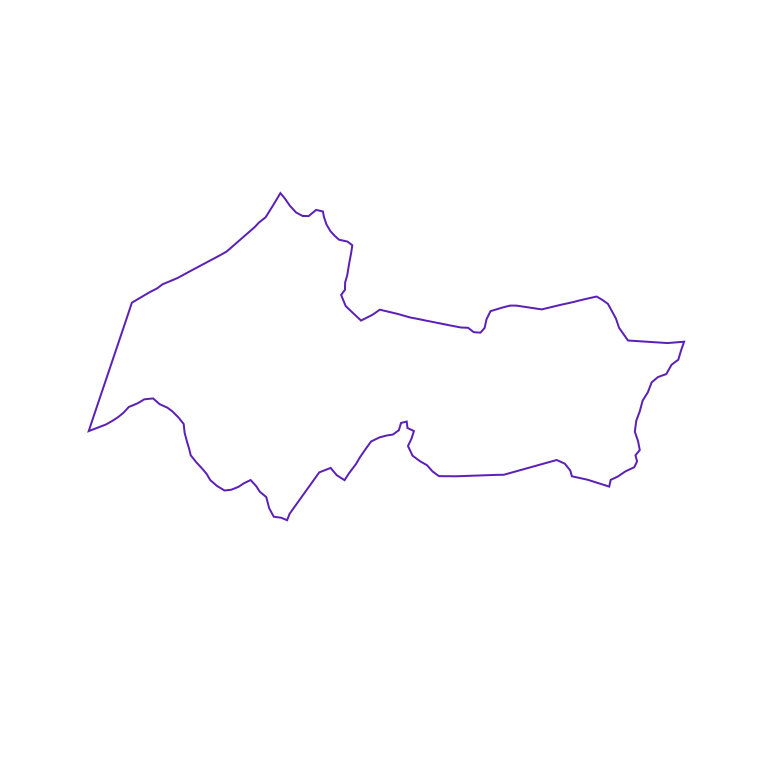 Conceição do Almeida, Bahia, Brazil (Mercator projection), rotated 45°
{"feature_id": "56859067B50391842277860", "entity_name": "Conceição do Almeida", "entity_type": "district", "adm_level": 2, "iso_a3": "BRA", "parent_name": "Brazil", "parent_adm1": "Bahia", "projection": "mercator", "projection_center": [-39.241, -12.859], "detail": "fine", "context": "isolated", "style": "outline", "palette": "violet", "viewbox_px": 768, "rotation_deg": 45, "n_neighbors": 0, "source": "geoboundaries", "source_scale": "gbopen_adm2", "svg_char_len": 2073}
<svg xmlns="http://www.w3.org/2000/svg" viewBox="0 0 768 768"><g transform="rotate(45 384 384)"><path d="M156.9,470.1L155.9,477.0L153.4,484.7L148.2,504.8L152.0,512.3L156.3,520.9L201.5,612.1L208.5,626.1L216.0,609.3L218.0,602.0L219.4,595.5L220.1,588.6L219.8,580.7L223.5,571.7L225.3,564.4L230.9,557.5L239.6,556.9L247.6,553.9L253.8,553.0L262.2,553.0L270.6,553.9L277.7,559.6L285.7,564.2L292.2,567.7L297.8,571.1L307.0,572.1L315.2,572.4L322.2,573.0L329.1,574.8L337.8,574.2L346.5,572.1L350.8,566.7L353.8,559.7L355.2,553.0L357.6,546.2L365.9,546.6L372.4,548.0L380.7,547.2L390.6,553.0L399.9,555.8L405.8,551.3L411.8,548.8L409.0,542.5L400.7,492.3L405.6,481.1L415.1,481.9L424.1,479.9L422.4,472.0L420.8,460.4L418.9,453.3L417.3,444.7L415.5,433.8L418.6,424.9L422.4,418.4L426.0,413.5L427.2,406.2L423.6,399.5L426.6,394.5L431.7,398.5L438.4,396.1L442.0,403.0L444.8,410.9L454.8,414.5L463.8,413.2L471.8,411.0L480.2,411.5L488.0,410.3L500.3,398.2L528.0,368.5L532.8,363.6L559.8,315.7L568.1,312.5L576.8,313.4L582.1,316.4L595.7,307.7L615.8,297.3L612.1,291.5L614.8,283.9L616.5,275.0L619.8,265.9L617.7,259.8L612.2,256.6L611.6,249.9L604.1,244.8L595.1,240.4L588.3,231.5L584.3,222.7L578.6,212.8L576.5,203.5L572.1,193.5L572.8,185.4L576.6,177.3L573.7,167.1L574.9,158.7L570.3,150.2L566.3,141.9L555.5,154.6L525.8,180.7L510.6,178.1L501.7,173.7L485.7,169.0L478.6,170.2L472.5,171.8L468.5,178.1L463.5,186.1L459.8,192.4L453.0,203.0L442.8,219.7L435.9,224.8L422.0,235.1L417.7,239.4L413.9,245.8L407.8,257.2L410.8,265.9L415.5,273.2L415.9,279.5L410.8,283.9L403.7,284.8L398.5,289.6L388.2,296.6L368.7,309.6L362.3,313.8L355.4,318.5L343.9,324.9L328.5,334.4L326.9,343.3L322.9,355.4L313.0,355.7L301.8,356.0L290.7,351.3L289.8,345.0L284.8,339.8L281.1,333.1L274.2,323.5L268.0,314.4L263.5,308.3L257.5,309.1L250.1,313.8L244.1,314.1L238.0,313.8L230.6,311.9L223.5,308.4L218.8,305.2L212.9,308.9L212.0,318.5L207.7,322.7L200.6,324.9L191.3,324.5L182.6,322.9L175.8,322.3L179.2,336.0L182.4,349.7L181.4,358.2L181.6,364.5L179.1,401.4L176.9,409.3L167.0,441.7L163.1,454.9L156.9,470.1Z" fill="none" stroke="#5b21b6" stroke-width="2"/></g></svg>